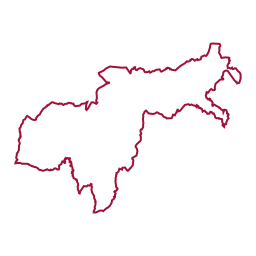 Ambato Boeni, Boeny, Madagascar (Natural Earth projection)
{"feature_id": "10022922B29824664852903", "entity_name": "Ambato Boeni", "entity_type": "district", "adm_level": 2, "iso_a3": "MDG", "parent_name": "Madagascar", "parent_adm1": "Boeny", "projection": "natural_earth1", "projection_center": [46.383, -16.718], "detail": "fine", "context": "isolated", "style": "outline", "palette": "rose", "viewbox_px": 256, "rotation_deg": 0, "n_neighbors": 0, "source": "geoboundaries", "source_scale": "gbopen_adm2", "svg_char_len": 5780}
<svg xmlns="http://www.w3.org/2000/svg" viewBox="0 0 256 256"><path d="M15.4,163.3L18.0,162.9L20.7,163.1L21.8,163.7L27.4,163.8L28.7,164.2L29.4,165.1L30.7,165.4L32.3,166.4L33.1,166.3L34.6,167.1L35.3,167.0L37.2,167.8L39.4,169.9L41.0,170.1L42.5,170.7L43.6,170.7L47.2,169.3L47.6,169.7L50.0,170.4L50.7,169.6L51.8,170.1L52.7,169.9L54.9,168.3L56.6,168.8L57.0,169.4L58.8,169.5L59.3,167.3L59.0,166.3L59.2,165.3L61.3,164.1L62.3,161.4L63.4,161.5L64.5,163.0L65.2,162.8L65.2,161.4L64.4,160.2L64.9,158.9L65.3,159.1L65.9,158.1L66.6,158.7L67.0,158.1L67.8,158.0L68.6,158.9L69.4,158.2L70.0,158.3L70.1,158.7L69.2,159.5L69.4,160.3L70.5,161.3L69.6,162.0L70.3,162.6L71.2,162.4L71.6,164.4L71.2,165.3L70.6,165.2L70.3,165.7L70.8,166.1L71.3,165.7L71.7,165.8L72.6,168.1L72.4,169.1L73.5,170.4L72.9,171.9L72.1,171.7L71.8,173.2L72.9,174.0L72.6,175.0L72.9,175.4L72.6,175.9L73.2,176.4L73.6,178.2L75.5,179.1L75.8,179.7L76.6,179.6L77.1,180.7L77.0,181.7L77.8,183.1L78.1,184.2L78.1,185.5L77.6,186.5L77.9,188.0L77.8,189.1L78.7,191.1L79.0,193.2L79.7,193.5L80.2,191.5L83.8,186.1L86.6,186.5L87.9,185.3L89.8,185.6L90.9,183.9L91.6,184.2L91.3,185.7L91.9,186.8L91.5,189.3L91.7,191.0L92.5,193.3L94.1,196.0L94.2,198.5L94.9,199.4L95.6,201.3L95.1,201.8L95.6,202.6L95.3,205.3L94.6,207.2L95.0,208.6L93.7,211.3L93.7,212.4L95.8,212.5L99.9,210.6L102.2,210.6L103.2,211.2L106.2,208.5L108.4,207.2L110.1,205.4L111.7,202.6L112.0,200.3L114.2,198.6L114.3,197.8L114.0,196.8L115.0,196.8L115.0,194.7L115.7,193.4L114.3,191.7L115.0,191.0L115.9,191.0L117.6,189.0L117.5,188.3L116.3,187.5L115.4,181.1L115.8,179.6L115.5,178.3L116.2,176.3L116.0,175.1L116.6,174.3L116.4,173.1L117.4,172.7L118.5,171.5L119.4,168.7L122.0,169.6L122.4,167.8L125.1,167.5L127.0,170.4L127.9,170.8L128.6,169.8L129.5,169.4L129.8,168.5L130.7,168.0L132.8,165.1L133.3,160.7L133.1,159.6L132.3,158.9L132.3,157.9L136.5,155.6L137.4,151.1L137.0,149.0L135.6,146.7L135.6,146.0L136.7,144.3L140.5,140.7L140.8,139.9L140.8,136.4L140.2,135.0L141.0,134.4L141.3,133.5L140.6,132.2L140.5,130.2L140.8,129.6L141.9,129.4L143.2,127.0L143.1,124.5L143.4,123.1L142.9,118.6L143.3,116.8L143.2,115.1L143.5,113.8L144.1,113.1L144.6,111.7L146.1,110.6L148.6,113.4L152.7,114.0L154.5,113.7L156.9,112.3L158.6,113.0L159.0,113.6L160.6,114.2L161.5,114.2L162.5,114.9L163.3,116.5L164.8,117.3L165.9,117.5L166.6,118.4L171.4,118.2L172.0,117.7L173.0,114.7L174.9,115.3L175.6,113.5L176.5,112.6L176.6,111.7L177.5,109.7L177.8,109.7L178.2,111.4L180.0,110.8L184.9,104.9L188.5,104.2L189.7,105.1L191.4,104.5L193.6,105.5L194.8,105.5L196.6,107.1L196.9,105.2L198.3,106.1L199.1,108.0L200.5,107.9L200.7,108.6L202.0,109.1L202.6,111.6L203.7,110.8L204.7,110.7L205.3,111.7L206.6,112.5L207.1,113.6L207.9,113.9L208.4,113.5L209.5,113.6L210.3,111.8L211.8,112.2L212.6,113.6L213.6,113.3L215.1,116.2L215.2,117.4L216.5,118.3L218.7,118.0L218.9,118.7L221.8,119.0L222.3,120.2L222.1,121.8L223.1,123.8L222.5,125.3L224.1,126.8L224.5,124.2L225.6,124.4L226.2,124.0L226.3,122.3L227.5,119.5L228.6,118.4L227.6,116.2L228.5,115.0L228.5,114.4L228.2,113.8L227.4,113.9L227.0,113.5L227.0,112.3L226.3,110.2L224.4,109.7L223.4,112.2L223.1,110.1L221.2,109.6L220.3,108.2L219.5,108.1L219.1,107.4L214.0,104.5L213.2,104.8L212.9,105.8L212.5,105.8L212.2,104.8L212.6,102.5L211.7,101.1L210.1,100.4L210.0,99.7L210.4,99.4L210.3,99.1L209.8,98.6L208.2,99.5L207.6,98.5L206.6,98.2L205.8,95.4L206.6,93.8L206.2,93.1L206.8,92.1L208.2,92.6L210.1,89.9L211.2,89.0L212.9,90.1L214.2,90.2L214.9,89.6L214.8,87.0L215.6,83.7L220.0,79.8L221.4,79.3L222.8,79.6L223.3,79.2L223.1,78.4L222.0,77.8L221.7,77.2L223.0,75.2L223.4,72.2L224.6,71.0L226.3,70.5L227.8,71.0L234.4,80.3L235.4,81.1L236.1,82.2L236.8,82.1L237.5,82.9L237.4,83.3L239.3,82.8L240.6,78.6L240.6,74.5L239.9,72.8L237.9,71.0L235.8,68.3L235.0,68.2L233.2,69.2L232.6,69.0L232.0,67.6L230.8,68.6L229.0,67.8L227.9,68.0L227.4,65.6L228.4,63.6L229.1,63.2L229.0,62.5L229.4,61.7L229.1,61.1L229.8,60.4L228.9,59.4L229.4,58.1L228.7,57.6L225.0,57.4L221.6,57.9L221.1,57.4L220.7,55.6L219.0,52.8L219.5,50.3L219.2,47.6L220.2,46.1L220.3,45.3L219.7,44.0L218.3,43.8L212.3,43.5L210.8,43.9L210.3,44.7L210.1,47.0L208.4,52.6L207.9,53.0L207.2,54.7L206.0,56.0L204.5,55.4L201.5,56.7L200.6,59.4L197.8,60.0L197.2,59.1L194.8,60.7L192.9,59.1L191.8,59.0L191.3,59.6L190.5,59.7L190.6,60.4L189.7,61.1L187.8,61.7L186.9,61.3L184.8,63.3L180.2,66.1L175.3,70.4L171.8,69.8L171.1,69.2L170.0,69.3L169.9,68.5L167.9,67.7L166.9,68.6L166.7,68.1L166.3,68.3L165.2,69.6L161.6,71.6L160.8,71.4L159.6,69.4L155.8,69.9L154.1,71.2L152.5,71.2L150.4,72.7L150.0,72.6L149.2,71.3L147.5,72.1L145.0,72.1L144.5,71.7L143.9,70.0L143.2,69.2L140.0,68.1L138.0,69.1L137.0,70.1L136.2,70.1L135.7,69.8L134.9,67.1L133.8,67.6L133.2,69.0L131.9,69.1L130.9,70.6L130.8,72.8L130.2,73.3L126.2,67.5L122.0,67.7L109.9,66.5L105.7,68.7L103.6,70.6L98.8,72.9L99.1,74.4L100.1,75.8L102.0,77.2L106.5,82.3L109.8,82.6L105.6,84.2L104.0,85.5L99.3,88.0L97.5,89.6L96.5,92.3L96.9,98.3L96.2,100.4L96.4,101.8L97.3,102.7L96.2,103.8L93.2,102.3L91.4,102.5L87.9,108.6L86.6,110.0L85.9,109.1L86.0,106.2L86.5,103.9L87.4,101.8L86.9,101.9L85.9,103.2L81.6,103.9L79.8,105.6L75.2,106.2L73.9,105.0L73.4,103.7L72.6,103.8L71.4,103.2L70.4,103.3L69.5,102.8L68.5,102.8L66.7,103.9L65.0,103.9L63.3,105.0L61.7,103.6L60.5,103.8L59.8,103.4L58.8,104.1L54.5,103.1L53.5,102.5L52.1,102.2L49.2,104.3L48.7,105.0L47.4,105.2L47.2,106.1L46.2,106.4L45.5,107.4L43.4,108.7L41.1,111.9L39.9,114.3L37.8,115.8L36.1,118.1L36.1,119.4L35.3,120.0L33.0,119.8L30.6,118.5L29.6,117.4L27.1,116.0L26.7,116.3L25.0,119.2L23.4,120.1L22.6,123.4L21.3,124.6L20.5,127.5L19.4,128.4L19.8,130.8L19.6,131.8L20.2,132.4L20.1,133.0L20.5,133.9L20.2,135.2L20.8,136.2L20.6,136.9L19.8,137.3L19.9,138.3L18.9,139.2L18.6,140.0L19.8,143.4L19.0,145.7L18.8,150.3L17.7,152.6L16.8,153.4L16.8,155.2L16.2,157.5L16.4,158.5L17.4,159.5L17.2,160.2L15.9,161.5L15.4,163.3Z" fill="none" stroke="#9f1239" stroke-width="2"/></svg>